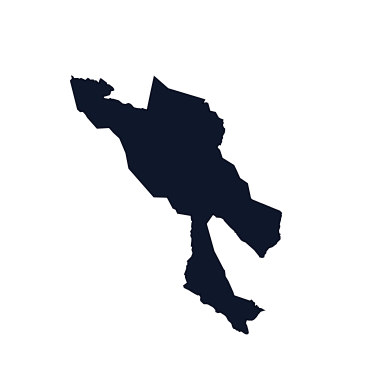 outline of San Pedro Yólox, Oaxaca, Mexico, rotated 248°
{"feature_id": "50627088B72857929958345", "entity_name": "San Pedro Yólox", "entity_type": "district", "adm_level": 2, "iso_a3": "MEX", "parent_name": "Mexico", "parent_adm1": "Oaxaca", "projection": "orthographic", "projection_center": [-96.522, 17.634], "detail": "fine", "context": "isolated", "style": "filled", "palette": "ink", "viewbox_px": 384, "rotation_deg": 248, "n_neighbors": 0, "source": "geoboundaries", "source_scale": "gbopen_adm2", "svg_char_len": 4721}
<svg xmlns="http://www.w3.org/2000/svg" viewBox="0 0 384 384"><g transform="rotate(248 192 192)"><path d="M170.7,182.7L166.2,181.3L164.4,182.0L163.1,180.5L159.7,178.8L157.8,178.7L156.6,177.3L155.6,176.1L154.2,176.4L151.8,174.7L150.6,174.8L148.7,174.8L147.2,174.0L146.3,174.0L146.3,173.6L142.2,171.4L140.7,172.4L138.4,170.6L134.9,170.3L131.7,167.4L129.6,162.5L129.4,162.0L128.7,162.2L126.8,161.4L126.0,161.5L125.3,159.6L123.1,158.7L121.1,157.1L118.4,154.5L117.1,155.0L115.2,154.2L109.2,154.0L108.1,149.4L106.4,149.3L103.0,152.4L97.1,156.8L94.7,158.9L94.7,159.2L94.5,159.7L94.3,160.1L94.2,160.5L94.2,161.0L93.6,160.9L93.3,160.7L92.5,161.0L91.4,161.1L90.8,160.9L90.4,160.9L89.9,160.4L89.3,160.0L88.1,159.7L87.3,159.9L87.0,160.1L86.6,160.2L86.3,160.5L85.7,160.7L85.1,160.9L84.7,161.1L84.2,161.4L83.8,162.2L83.1,164.0L82.0,165.4L80.7,166.4L79.3,167.5L78.2,168.5L77.4,168.9L76.7,169.3L75.6,169.7L74.9,169.8L74.5,170.7L73.2,170.0L72.6,169.6L71.9,169.7L71.5,170.2L71.2,170.6L70.7,170.9L70.6,171.6L70.3,172.7L70.0,173.6L69.4,174.1L68.0,175.0L67.0,175.8L65.4,176.8L65.0,177.0L64.1,177.4L62.8,177.7L62.3,177.6L61.5,177.9L61.1,177.9L60.6,177.9L60.0,177.8L58.6,178.4L56.8,179.3L55.9,179.7L55.2,179.8L54.1,179.8L53.5,179.7L51.5,179.5L50.7,179.7L49.8,180.0L49.6,180.9L47.5,181.9L47.5,182.6L46.8,183.0L46.4,183.1L46.1,183.9L45.2,183.8L45.1,185.3L44.4,186.2L43.2,187.0L42.1,187.7L40.9,188.6L40.0,189.9L40.3,191.1L41.8,191.6L43.0,191.7L44.2,192.0L45.0,192.0L46.8,192.3L47.6,192.3L48.4,192.3L48.9,192.2L49.5,192.2L49.9,192.1L50.5,192.3L50.9,192.6L51.7,193.1L52.2,193.5L52.7,194.0L53.1,194.2L53.2,194.3L53.5,194.8L52.9,195.6L52.5,196.3L52.0,197.1L51.8,197.9L51.5,198.5L51.4,198.8L51.0,199.4L51.0,200.6L51.1,201.5L51.5,202.6L52.2,204.3L52.8,205.2L53.1,205.8L54.1,207.0L55.2,209.3L55.7,210.0L56.0,211.0L55.7,213.9L55.8,213.8L56.3,213.4L57.3,212.7L58.1,211.8L58.2,211.3L58.7,210.4L59.1,210.1L60.0,210.2L60.4,210.0L60.8,209.4L61.4,209.3L62.2,209.4L62.4,209.2L61.9,208.2L62.3,207.5L63.0,206.9L63.3,206.9L65.3,208.1L66.1,208.0L66.4,207.3L67.2,206.9L67.5,207.1L69.2,206.5L68.8,204.8L80.0,191.8L83.6,192.1L95.8,191.7L101.1,190.8L106.9,192.4L108.0,191.9L128.8,189.9L148.5,192.1L157.4,193.1L163.8,203.0L163.7,203.2L161.1,205.1L159.8,205.4L157.8,209.4L155.2,211.5L153.5,211.6L145.5,214.6L139.8,217.4L139.0,217.1L138.5,217.3L138.1,218.0L137.6,218.2L136.3,218.1L129.2,220.0L127.7,221.1L127.5,221.3L126.8,221.9L126.7,222.2L126.3,222.6L126.1,223.0L114.7,228.7L114.4,228.7L107.5,230.8L107.0,230.7L106.5,230.8L105.6,232.2L105.4,232.3L105.1,233.5L105.1,234.1L106.1,234.8L107.1,235.3L107.6,236.7L107.9,237.3L109.6,238.4L110.3,239.7L110.7,240.5L111.7,242.2L111.6,243.1L111.5,246.0L112.8,250.7L113.3,251.2L113.9,251.9L115.5,255.8L117.9,256.7L118.4,256.2L119.5,256.6L119.7,257.4L120.0,257.5L120.8,256.7L124.2,257.6L125.3,258.7L127.3,260.3L128.0,260.4L129.0,260.4L130.6,261.4L132.7,263.1L133.5,263.6L134.0,263.7L134.9,264.6L135.7,264.6L136.3,265.2L136.2,265.5L136.9,265.9L137.8,265.8L138.2,266.2L138.7,266.8L139.4,266.8L140.1,266.5L141.3,265.9L146.8,260.2L153.1,253.8L153.7,253.2L156.1,250.6L159.2,247.5L161.8,244.8L164.0,243.6L179.0,246.3L186.7,241.2L195.1,240.9L200.9,240.5L212.0,232.4L220.2,233.0L223.7,231.7L224.8,232.4L226.3,234.8L225.4,235.9L226.7,237.0L227.6,238.1L229.7,238.9L230.7,240.4L232.6,240.8L234.0,242.6L234.9,243.8L236.5,244.9L238.4,245.7L239.5,245.1L241.4,244.9L243.4,245.3L244.3,246.6L246.1,246.6L247.3,247.4L249.2,245.3L250.9,244.0L256.9,243.3L260.2,238.6L267.9,239.6L269.1,238.8L269.4,237.0L270.5,235.2L272.8,238.0L296.6,208.3L312.7,200.2L299.1,191.0L284.5,181.3L284.6,181.0L284.7,180.8L284.8,180.6L285.1,180.4L285.3,180.2L286.5,178.4L287.6,177.5L287.8,177.1L287.6,175.4L288.6,174.7L288.9,173.8L289.8,172.1L291.9,169.2L293.6,168.7L295.9,167.8L297.5,166.4L297.8,164.7L297.6,163.3L299.4,160.4L303.9,157.9L307.5,153.3L307.3,151.9L308.9,151.5L309.1,150.7L308.7,149.6L311.5,145.2L313.1,144.8L314.1,145.7L313.4,151.7L314.3,152.9L316.4,154.2L316.5,154.7L316.0,156.9L316.1,157.5L317.1,157.6L318.1,157.3L318.6,157.2L322.1,155.1L322.9,153.9L323.3,152.8L324.1,152.8L325.0,153.3L330.9,149.8L330.8,149.5L328.1,147.0L327.7,146.0L328.2,145.4L329.6,145.1L330.7,144.6L331.1,143.9L331.4,142.6L332.7,142.2L333.7,139.1L334.9,138.8L336.1,138.0L335.2,135.5L335.2,134.8L335.5,134.4L338.6,131.6L338.6,130.7L338.3,130.1L338.6,129.5L339.7,128.7L340.6,126.6L341.1,124.8L343.7,124.4L344.0,124.1L341.9,123.9L340.9,122.1L340.5,121.2L330.3,119.8L311.6,117.2L310.2,117.9L308.6,118.6L307.9,121.1L306.9,121.7L304.1,122.7L300.1,123.4L286.9,128.1L283.0,139.6L276.7,141.8L269.1,145.4L252.9,145.6L237.6,142.6L237.0,142.8L202.0,155.0L196.6,167.3L187.2,168.3L184.3,168.6L182.0,170.8L177.9,170.9L175.4,175.0L170.7,182.7Z" fill="#0f172a" stroke="#020617" stroke-width="1.5"/></g></svg>